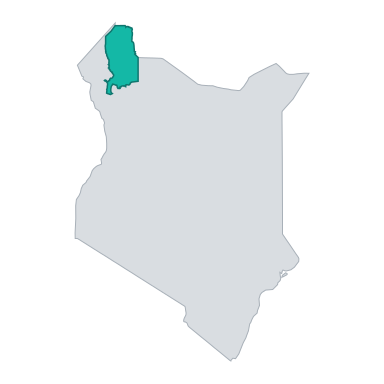 Turkana North, Rift Valley, Kenya shown in context
{"feature_id": "3690345B58335120983870", "entity_name": "Turkana North", "entity_type": "district", "adm_level": 2, "iso_a3": "KEN", "parent_name": "Kenya", "parent_adm1": "Rift Valley", "projection": "robinson", "projection_center": [35.285, 4.376], "detail": "fine", "context": "in_parent", "style": "filled", "palette": "teal", "viewbox_px": 384, "rotation_deg": 0, "n_neighbors": 0, "source": "geoboundaries", "source_scale": "gbopen_adm2", "svg_char_len": 7034}
<svg xmlns="http://www.w3.org/2000/svg" viewBox="0 0 384 384"><path d="M75.2,238.5L75.1,232.9L75.8,218.5L75.7,205.8L76.4,199.5L79.1,195.5L80.4,192.6L81.3,188.5L82.8,185.2L86.0,182.5L86.6,181.0L90.1,176.5L92.2,170.7L93.7,168.7L95.7,166.9L97.1,165.9L99.3,165.0L101.1,164.4L101.4,164.0L101.6,163.0L101.0,159.4L101.8,158.3L103.0,155.9L104.4,153.6L105.6,152.2L106.3,150.7L106.7,148.2L106.7,146.4L106.7,143.5L106.3,136.8L104.8,131.3L103.9,125.0L104.6,123.0L103.4,119.3L102.9,119.1L101.9,118.3L100.7,114.9L99.8,111.8L99.2,111.0L95.3,108.2L93.4,101.8L91.2,100.3L90.0,93.9L89.8,92.0L91.0,85.6L90.9,84.1L89.6,82.8L85.9,81.4L82.9,78.8L83.3,77.8L83.5,76.9L81.9,76.2L77.4,65.2L83.3,58.6L89.2,52.0L96.8,43.5L103.8,35.7L109.8,29.0L115.2,23.0L115.1,24.2L115.1,25.7L115.8,26.6L116.9,27.3L118.4,26.6L119.8,25.7L121.1,25.5L129.2,28.0L130.5,30.1L130.4,32.5L130.8,34.2L130.2,35.9L129.5,41.0L129.7,45.7L132.1,49.2L134.3,52.0L136.0,55.8L137.3,57.0L139.0,57.6L144.6,57.8L152.8,58.0L160.7,58.3L161.5,58.4L163.1,58.9L170.4,64.1L177.1,68.9L182.8,73.0L188.2,77.0L193.6,81.0L197.7,84.2L201.8,85.2L208.4,85.7L213.0,85.8L217.2,87.2L223.5,88.5L228.2,89.1L231.1,89.8L238.9,90.6L240.3,90.2L243.7,86.6L247.6,80.7L249.1,77.5L254.1,74.3L263.0,69.8L269.2,66.7L276.1,63.5L279.3,66.2L283.6,70.6L285.6,72.8L287.1,73.8L289.5,74.4L292.3,74.4L293.9,74.3L297.1,73.8L304.6,73.2L308.9,73.3L305.3,79.1L301.0,86.1L293.1,99.0L287.0,105.8L282.4,111.0L282.0,111.9L282.0,117.6L282.1,131.6L282.3,159.5L282.4,187.5L282.5,215.5L282.5,229.4L282.5,234.1L286.5,240.0L290.5,245.8L295.6,253.4L298.4,257.4L298.9,258.8L298.7,261.5L294.4,267.2L290.9,269.8L286.2,271.0L284.8,270.8L283.0,270.0L282.2,271.4L281.7,273.5L280.7,273.0L279.9,272.4L280.3,276.2L280.8,278.1L280.1,280.6L277.8,282.8L277.6,284.6L272.7,289.5L265.6,290.1L261.9,292.5L260.3,294.5L259.0,298.8L259.5,305.4L257.5,310.6L257.1,313.1L253.5,316.4L251.9,319.5L250.7,322.6L249.7,323.9L248.4,330.9L246.8,335.1L246.3,336.5L245.9,337.8L244.6,340.2L243.7,341.9L243.1,343.1L238.8,353.9L235.5,358.7L232.9,358.2L231.1,360.1L230.9,361.0L230.0,360.5L227.8,358.7L223.3,355.0L218.8,351.3L214.3,347.7L209.9,344.0L205.4,340.3L200.9,336.7L196.4,333.0L191.9,329.3L189.3,327.2L188.1,325.9L187.2,323.4L186.7,322.8L185.5,322.0L184.1,321.8L183.7,321.3L183.7,320.1L184.2,318.3L185.9,315.0L186.1,313.0L185.7,310.7L185.2,307.1L184.8,306.3L181.8,304.4L175.6,300.5L169.3,296.5L163.1,292.6L156.8,288.6L150.6,284.7L144.3,280.7L138.1,276.8L131.9,272.8L125.6,268.9L119.4,264.9L113.1,261.0L106.9,257.0L100.6,253.1L94.4,249.2L88.1,245.2L81.9,241.3L79.6,239.8L77.4,238.5L75.2,238.5ZM282.9,276.9L281.8,277.2L282.4,275.3L285.6,272.8L286.9,273.4L287.2,273.9L287.1,274.5L286.6,274.9L282.9,276.9Z" fill="#d9dde1" stroke="#a8b0b8" stroke-width="1"/><path d="M120.1,88.4L120.0,88.0L119.8,87.9L119.8,87.4L120.0,87.2L120.2,86.8L120.3,86.9L120.6,87.0L120.8,86.8L121.0,86.9L121.2,86.7L121.3,86.6L121.6,86.2L122.0,86.0L122.4,86.0L122.8,85.9L123.3,86.0L123.3,85.9L123.5,85.9L123.8,85.8L124.0,85.8L124.3,85.8L124.5,85.9L124.8,85.9L124.9,86.3L125.0,86.4L125.3,86.3L125.6,86.4L125.7,86.5L125.8,85.9L125.9,85.7L125.8,85.0L126.4,84.7L127.1,84.7L127.6,84.8L128.4,85.0L128.9,84.9L129.3,84.8L129.6,84.6L129.9,84.3L130.0,83.9L130.1,83.6L130.2,83.4L130.3,83.3L130.3,83.2L130.5,82.8L130.7,82.6L131.1,82.5L131.2,82.4L131.4,82.4L131.6,82.1L138.1,81.3L138.1,63.3L138.1,57.5L136.6,56.0L135.0,54.4L135.6,53.8L135.5,53.4L134.9,53.3L134.9,53.2L134.9,52.9L135.1,51.8L135.2,51.7L134.3,51.3L134.3,51.2L134.3,49.5L134.1,48.0L134.0,45.7L133.8,44.2L133.6,43.1L133.3,42.5L132.9,42.0L132.5,41.8L132.0,41.6L131.8,41.4L131.9,39.7L132.0,38.8L132.0,37.8L132.0,37.2L132.0,36.8L132.1,36.3L132.3,35.4L132.3,34.9L132.3,34.5L132.4,34.3L132.4,34.0L132.3,33.4L132.4,33.1L132.4,32.9L132.3,32.6L132.2,32.2L131.9,31.7L131.8,31.2L132.0,30.2L132.3,29.8L132.3,29.5L132.1,29.2L132.1,28.6L131.9,28.3L131.8,28.1L131.7,27.9L131.2,28.1L130.9,28.0L130.6,27.8L130.4,27.8L130.2,27.6L129.7,27.5L129.6,27.4L129.7,27.2L129.4,27.1L129.1,27.0L128.9,27.1L128.6,27.1L128.6,26.9L128.5,26.7L128.4,26.6L128.2,26.6L127.8,26.6L127.6,26.6L127.4,26.5L127.1,26.6L126.9,26.5L126.6,26.7L126.2,26.7L126.0,26.9L125.9,27.0L125.9,26.9L125.6,26.4L125.3,26.1L125.2,25.8L125.1,25.6L115.1,25.7L111.0,31.3L105.6,36.4L105.6,43.7L105.5,44.2L105.5,44.5L105.3,45.1L105.3,45.6L105.2,45.9L105.2,46.4L105.3,46.9L105.4,47.9L105.4,48.6L105.4,49.0L105.6,49.6L105.6,50.0L105.7,50.6L105.7,50.9L105.6,51.3L105.7,51.6L106.0,51.7L106.0,51.8L106.0,52.0L105.9,52.2L105.9,52.5L105.8,52.8L106.2,53.5L106.3,53.6L106.5,53.8L106.6,54.0L106.7,54.4L106.7,54.7L106.7,55.0L106.9,55.2L106.8,55.6L106.9,55.9L107.0,56.1L107.1,56.3L107.2,56.5L107.3,56.8L107.6,57.1L107.8,57.5L107.7,57.8L107.8,58.0L107.8,58.3L108.0,58.5L108.2,58.9L108.3,58.9L108.5,59.1L108.8,59.5L109.0,59.9L109.0,60.1L108.9,60.5L109.0,60.7L109.0,61.0L109.0,61.3L109.0,61.5L109.0,61.8L108.9,62.0L108.9,62.4L108.9,62.6L109.0,62.8L108.9,63.0L109.0,63.5L108.9,63.7L109.0,63.8L109.1,64.2L109.1,64.5L109.0,64.9L108.9,64.9L109.0,65.1L108.9,65.1L109.0,65.2L109.1,65.4L109.0,65.8L109.1,66.0L109.0,66.4L109.0,66.9L108.9,67.2L108.9,67.3L109.0,67.4L108.9,67.5L109.0,67.5L108.9,67.7L108.8,67.8L108.9,68.0L109.0,68.1L108.9,68.2L108.9,68.3L108.9,68.5L109.0,68.5L109.1,68.8L109.2,69.0L109.3,69.2L109.5,69.3L109.6,69.6L109.8,69.6L109.9,69.9L110.0,69.9L110.0,70.1L110.1,70.4L110.2,70.5L110.4,71.0L110.5,71.1L110.8,71.2L110.8,71.3L111.0,71.4L111.1,71.6L111.5,71.9L111.6,72.1L111.9,72.2L112.0,72.2L111.9,72.4L112.0,72.6L112.3,72.8L112.3,73.0L112.5,73.1L112.5,73.3L112.7,73.6L112.9,74.0L113.5,74.5L113.6,75.0L113.7,75.3L113.6,75.6L113.5,76.1L113.2,76.4L113.0,76.8L112.9,77.0L112.6,77.5L112.1,78.0L111.6,78.3L111.3,78.4L111.2,78.4L110.7,78.2L110.5,78.3L110.4,78.4L110.0,79.0L109.8,79.2L109.7,79.8L109.6,80.0L109.6,80.3L109.3,80.3L109.2,80.4L108.9,80.6L108.9,80.8L108.7,81.0L108.5,81.4L108.3,81.5L108.2,81.5L107.9,81.6L107.6,81.7L107.1,81.4L106.9,81.1L106.7,80.8L106.5,80.6L106.3,80.5L106.1,80.5L105.8,80.2L105.5,80.2L105.3,80.1L105.2,80.0L104.9,80.1L104.4,80.5L104.6,80.7L104.9,81.0L105.1,81.0L105.3,81.1L105.7,81.1L106.0,81.3L106.3,81.7L106.6,81.9L106.7,82.1L106.8,82.2L107.0,82.4L107.1,82.5L107.2,82.8L107.4,83.0L107.5,83.3L107.6,83.7L107.6,83.9L107.6,84.1L107.6,84.4L107.3,86.3L107.2,88.2L107.1,88.5L107.0,88.8L106.7,89.3L106.8,89.5L106.9,90.7L106.7,92.0L106.6,93.1L107.3,93.5L107.7,93.6L108.1,93.8L108.4,93.8L108.6,93.9L110.3,94.5L110.5,94.5L110.8,94.4L111.1,94.2L111.3,93.9L111.6,93.9L111.8,93.8L112.0,93.8L112.1,93.7L112.3,93.5L112.0,93.4L111.8,93.2L111.5,93.0L111.2,92.6L111.2,92.4L111.1,92.0L110.9,91.7L110.8,91.0L110.8,89.8L110.8,89.3L110.8,88.8L110.9,88.5L110.9,88.3L111.0,88.0L111.1,87.3L111.2,86.8L111.3,86.4L111.7,85.7L111.9,85.5L112.2,85.1L112.4,84.7L112.5,84.4L112.7,84.1L113.6,84.3L113.7,84.5L114.7,84.6L114.9,84.7L115.5,85.1L115.8,85.1L116.3,85.1L116.6,85.2L116.8,85.2L116.9,85.4L116.9,85.9L117.1,86.2L117.2,86.5L117.3,87.3L117.7,88.1L117.9,88.2L118.0,88.4L118.4,88.3L118.7,88.2L118.8,88.2L118.9,88.5L119.0,88.5L119.0,88.4L119.3,88.3L119.7,88.4L119.9,88.5L120.1,88.4Z" fill="#14b8a6" stroke="#0f766e" stroke-width="1.5"/></svg>